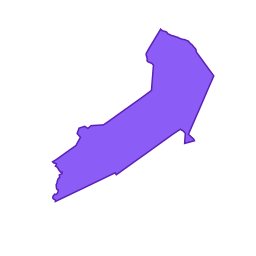 Poção de Pedras, Maranhão, Brazil (Mercator projection), rotated 139°
{"feature_id": "56859067B9386852813171", "entity_name": "Poção de Pedras", "entity_type": "district", "adm_level": 2, "iso_a3": "BRA", "parent_name": "Brazil", "parent_adm1": "Maranhão", "projection": "mercator", "projection_center": [-44.86, -4.789], "detail": "fine", "context": "isolated", "style": "filled", "palette": "violet", "viewbox_px": 256, "rotation_deg": 139, "n_neighbors": 0, "source": "geoboundaries", "source_scale": "gbopen_adm2", "svg_char_len": 1779}
<svg xmlns="http://www.w3.org/2000/svg" viewBox="0 0 256 256"><g transform="rotate(139 128 128)"><path d="M167.5,100.4L147.4,98.5L146.1,98.4L131.7,97.0L105.7,94.6L98.1,93.9L89.2,92.7L89.0,91.1L88.3,90.0L88.3,88.6L88.2,87.5L88.2,86.4L95.4,79.2L86.3,74.8L85.7,76.5L86.5,83.6L71.9,90.6L69.8,91.6L68.0,92.5L66.4,93.2L62.2,95.2L53.9,99.2L40.2,105.8L29.1,111.0L26.6,140.4L25.8,141.6L25.3,142.7L25.0,143.9L25.2,145.0L25.1,147.1L25.1,149.2L25.4,150.5L25.5,151.6L25.6,152.7L25.3,153.7L26.2,155.2L26.6,156.3L27.3,157.6L29.0,159.6L30.5,162.4L30.9,163.8L32.1,165.4L33.0,167.3L34.1,168.7L34.8,170.0L35.4,171.6L36.0,172.5L36.0,173.8L35.9,174.9L36.3,176.0L37.0,177.0L37.9,178.3L38.4,179.7L38.5,181.2L60.5,174.1L63.4,173.0L64.9,172.5L66.2,171.6L68.0,167.7L69.5,166.3L69.5,164.9L68.4,162.6L67.6,161.1L67.6,158.7L84.6,142.0L85.6,141.0L95.2,141.7L99.7,142.1L110.1,143.1L112.2,143.3L127.7,144.8L132.4,145.2L134.4,145.4L139.6,145.9L144.5,146.5L149.5,150.3L154.3,154.0L158.5,154.0L159.6,157.7L165.1,160.0L166.3,159.3L170.0,157.2L170.0,152.2L177.0,149.6L178.8,148.9L181.7,149.2L183.2,149.3L184.5,149.5L190.7,150.1L193.0,150.3L194.4,150.4L196.1,150.6L197.2,150.7L199.3,150.9L204.1,151.4L207.1,152.0L206.9,150.1L206.0,148.9L205.5,147.9L206.5,147.2L207.8,146.9L207.2,144.9L207.4,143.3L207.7,141.9L207.8,140.1L207.8,138.8L206.7,138.1L207.3,137.0L208.4,136.9L209.4,137.4L210.7,137.6L211.4,136.5L212.1,135.3L213.3,135.7L214.6,135.3L215.5,134.7L216.5,134.1L217.8,133.0L219.3,132.4L220.5,130.9L221.5,129.5L221.9,127.9L221.4,126.7L222.5,125.8L223.7,125.3L224.8,125.0L225.9,125.0L226.7,126.2L227.9,126.0L229.4,125.7L230.7,124.5L230.8,123.4L230.4,122.1L230.1,121.0L231.0,120.2L214.1,115.5L212.9,115.2L200.0,111.6L174.6,104.7L167.1,102.6L167.5,100.4Z" fill="#8b5cf6" stroke="#5b21b6" stroke-width="1.5"/></g></svg>